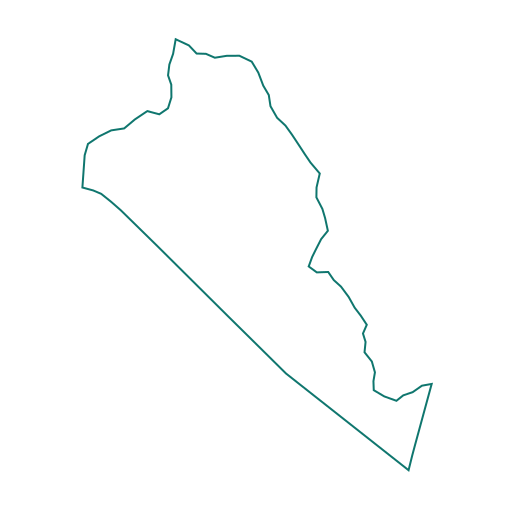 outline of Muribeca, Sergipe, Brazil, rotated 178°
{"feature_id": "56859067B76583201767693", "entity_name": "Muribeca", "entity_type": "district", "adm_level": 2, "iso_a3": "BRA", "parent_name": "Brazil", "parent_adm1": "Sergipe", "projection": "mercator", "projection_center": [-36.966, -10.377], "detail": "fine", "context": "isolated", "style": "outline", "palette": "teal", "viewbox_px": 512, "rotation_deg": 178, "n_neighbors": 0, "source": "geoboundaries", "source_scale": "gbopen_adm2", "svg_char_len": 1072}
<svg xmlns="http://www.w3.org/2000/svg" viewBox="0 0 512 512"><g transform="rotate(178 256 256)"><path d="M84.9,122.0L94.7,120.6L104.1,114.5L113.7,111.6L120.7,106.4L132.7,111.2L143.0,117.8L143.0,126.8L141.2,135.6L143.9,146.5L150.9,156.0L149.5,166.3L151.8,174.8L147.7,183.4L153.3,192.6L159.2,200.9L164.8,211.8L172.1,222.4L179.1,229.2L184.4,237.5L195.8,237.5L203.7,243.7L199.9,253.1L195.8,260.7L190.3,270.6L183.3,278.7L185.6,291.4L188.0,300.7L193.6,312.5L193.1,322.4L189.4,336.2L198.3,347.5L203.7,356.1L209.0,364.9L215.8,376.0L222.0,385.3L230.1,393.4L236.3,405.2L237.6,416.4L242.8,426.0L247.3,439.2L253.5,450.4L265.6,456.7L278.1,457.1L290.2,455.6L299.0,459.8L308.3,460.4L315.7,468.8L328.7,475.4L331.8,460.9L335.9,450.4L337.6,439.6L334.7,430.2L335.0,417.5L338.8,406.7L347.7,401.0L359.6,404.6L372.3,396.7L383.3,388.1L396.3,386.6L408.5,381.1L420.0,373.9L423.7,362.7L427.1,330.5L416.4,327.2L408.5,323.5L399.2,315.5L389.5,306.4L353.7,268.8L285.8,196.5L258.2,167.3L230.1,137.5L111.0,36.6L106.8,51.3L103.5,62.1L84.9,122.0Z" fill="none" stroke="#0f766e" stroke-width="2"/></g></svg>